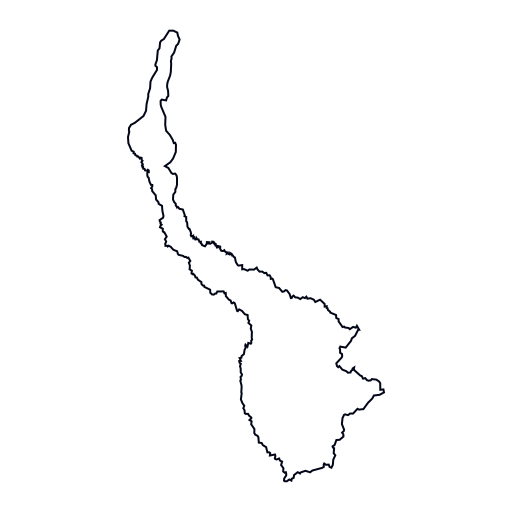 Isnos, Huila, Colombia
{"feature_id": "7082276B76225783159695", "entity_name": "Isnos", "entity_type": "district", "adm_level": 2, "iso_a3": "COL", "parent_name": "Colombia", "parent_adm1": "Huila", "projection": "equal_earth", "projection_center": [-76.283, 2.067], "detail": "fine", "context": "isolated", "style": "outline", "palette": "ink", "viewbox_px": 512, "rotation_deg": 0, "n_neighbors": 0, "source": "geoboundaries", "source_scale": "gbopen_adm2", "svg_char_len": 6091}
<svg xmlns="http://www.w3.org/2000/svg" viewBox="0 0 512 512"><path d="M359.2,329.8L356.9,325.8L355.8,327.7L353.1,326.9L349.8,329.2L348.6,328.0L345.0,327.5L344.1,326.6L342.6,327.1L338.6,321.4L338.6,319.1L336.3,318.0L336.0,315.0L330.3,312.6L330.1,311.7L327.9,309.9L327.5,308.2L326.7,308.0L326.7,306.2L324.7,306.6L324.6,303.9L320.1,299.7L315.3,302.0L313.8,299.7L310.5,298.2L307.4,298.7L306.4,296.7L304.9,298.1L302.8,297.2L300.2,299.1L297.8,297.6L295.3,297.4L293.6,295.6L292.6,296.3L291.7,298.0L290.9,298.1L289.6,294.0L287.0,290.5L285.6,290.1L284.0,291.4L282.3,291.8L279.1,288.0L275.7,287.2L272.9,279.2L272.2,278.6L270.8,278.9L270.7,277.2L269.7,275.3L267.5,275.4L266.2,272.8L264.3,273.1L262.3,271.6L259.5,271.6L257.5,269.4L256.7,267.6L254.0,269.6L249.3,269.5L247.7,270.7L244.0,269.1L242.2,269.3L242.2,265.1L238.5,265.6L237.6,265.0L235.8,261.9L234.9,257.5L233.6,256.8L232.9,255.5L232.1,255.5L231.8,254.0L230.2,253.0L230.2,254.4L229.8,254.5L229.2,253.7L228.4,254.0L227.8,252.6L226.7,253.5L226.8,252.4L225.1,251.6L224.3,250.2L223.2,251.0L221.3,250.8L220.1,248.8L220.2,246.6L218.7,246.2L218.0,247.4L216.9,247.5L216.7,246.7L217.3,245.9L215.6,245.6L215.8,244.1L215.1,243.6L214.5,244.0L214.1,242.9L212.8,243.0L213.8,242.4L213.6,241.8L212.2,241.6L212.1,242.5L210.4,243.7L208.0,243.5L208.9,242.2L206.9,242.1L206.8,243.7L205.0,246.3L202.0,245.1L201.6,243.7L200.8,243.3L200.9,241.7L199.4,241.8L198.5,239.4L197.1,239.3L196.5,238.1L196.0,239.3L195.3,239.5L194.4,238.2L193.3,238.4L193.2,237.6L194.0,237.0L193.2,236.6L193.2,235.6L191.3,236.3L190.7,235.1L191.1,233.7L190.7,231.9L189.5,228.9L188.9,229.0L187.5,226.8L187.1,222.3L186.2,221.3L186.2,217.0L184.5,216.2L184.8,215.1L182.8,209.5L179.4,208.8L178.1,207.1L177.0,207.5L176.6,206.2L175.8,205.6L175.7,203.7L174.1,202.0L173.0,199.4L173.3,194.6L175.3,192.0L175.4,189.0L176.2,187.9L177.0,184.7L177.0,177.5L176.5,175.4L175.2,173.6L172.8,173.9L171.4,173.0L168.4,168.0L164.9,166.1L170.3,162.3L173.1,158.5L175.8,152.0L176.0,144.9L175.2,142.8L173.8,143.1L172.7,139.8L169.8,134.9L166.1,130.7L165.2,124.8L165.5,116.9L161.2,106.7L160.7,104.7L160.6,101.0L161.7,99.6L166.1,100.4L167.0,97.4L168.3,96.0L168.1,91.0L167.1,87.0L167.2,84.3L167.7,81.8L170.1,75.6L170.8,72.0L171.2,63.7L170.9,61.0L171.6,58.4L171.4,56.5L174.1,52.6L176.2,45.8L178.1,43.9L179.6,39.6L177.9,35.6L177.3,32.6L173.4,30.7L169.2,30.7L163.9,39.0L161.1,40.8L160.1,42.4L159.5,48.3L157.8,50.5L156.9,60.2L155.4,64.4L155.4,65.7L157.0,67.2L157.0,69.9L152.3,77.5L150.5,81.6L150.1,88.2L148.2,94.2L148.3,96.5L146.6,104.0L146.0,110.8L143.5,116.0L135.0,122.7L131.0,124.8L129.0,128.0L128.9,130.8L129.3,131.6L128.0,137.1L128.4,143.2L131.6,150.7L133.7,151.7L133.6,153.3L135.0,153.7L135.4,155.2L136.9,155.7L137.3,156.6L138.3,156.5L139.7,158.4L140.4,157.6L141.6,157.9L141.6,159.7L142.5,160.8L141.4,162.2L142.8,164.2L141.9,165.3L142.5,167.1L143.1,166.8L143.3,168.7L144.6,169.0L145.1,170.4L147.3,170.7L147.9,169.8L148.7,170.4L148.8,172.1L147.6,172.0L147.3,172.6L147.3,175.2L147.7,176.9L148.6,177.6L149.5,181.8L151.0,184.9L152.3,185.0L152.3,186.6L151.1,188.1L152.1,189.2L152.2,191.1L155.7,195.3L156.1,199.6L158.4,202.1L158.7,203.9L162.0,205.8L162.4,211.0L163.5,215.9L163.1,217.7L159.6,220.1L159.9,221.6L160.8,222.5L160.5,223.6L161.6,224.7L160.6,225.5L160.0,227.3L162.8,228.7L162.8,231.2L163.6,232.2L164.3,232.2L166.7,236.6L164.9,239.2L166.2,241.6L165.2,243.9L165.5,245.9L167.5,245.8L167.8,246.4L168.6,245.7L170.6,246.7L173.4,249.8L177.2,251.3L177.9,254.0L178.6,254.8L183.1,255.9L184.5,257.0L186.0,256.9L187.3,258.0L188.4,257.6L190.3,261.0L188.9,262.6L189.9,265.7L189.6,269.3L191.9,270.7L191.5,273.4L192.5,274.2L193.2,273.8L194.9,275.5L195.5,277.4L196.9,277.6L197.9,279.7L201.4,282.1L201.4,283.8L202.6,285.4L204.1,285.6L204.4,286.9L210.1,289.7L210.3,292.8L212.1,294.5L213.8,294.6L215.2,293.5L216.3,293.5L217.3,291.5L223.6,291.4L224.5,293.4L225.7,293.0L225.9,296.2L229.1,299.8L230.6,300.5L231.5,303.1L232.1,303.4L233.7,302.4L234.8,303.3L237.1,310.9L237.8,311.2L239.1,309.4L242.0,310.9L244.9,314.3L247.6,315.0L247.9,319.2L249.2,320.8L248.4,322.9L251.3,325.5L250.8,328.6L251.9,331.9L251.7,337.9L252.1,339.6L251.2,340.7L251.3,343.0L250.8,343.7L248.3,342.9L247.4,346.7L245.5,344.7L245.2,345.7L245.7,347.7L244.6,349.7L243.9,354.1L241.6,356.1L241.4,357.7L239.6,358.1L240.9,360.9L239.2,361.1L239.6,362.8L240.8,363.8L240.0,366.1L240.7,368.7L240.7,372.3L242.0,374.5L241.6,375.9L240.6,376.8L240.9,379.9L240.3,380.8L241.5,385.2L241.6,387.6L241.3,392.3L241.7,393.2L240.9,399.4L242.4,403.1L244.3,405.8L243.3,408.2L244.5,410.2L244.8,413.3L245.7,413.9L248.1,413.9L249.1,415.7L251.3,417.5L251.3,418.3L249.5,420.0L251.6,421.3L251.2,424.3L254.4,429.0L254.3,433.1L255.2,434.6L257.5,435.8L258.4,437.3L258.8,442.6L261.7,443.0L262.8,445.1L266.1,447.1L267.4,452.3L269.3,452.3L270.2,453.1L269.9,455.5L275.0,454.5L275.4,456.0L274.8,458.1L275.0,458.8L276.5,459.5L279.1,458.5L280.0,460.6L282.1,461.6L281.1,465.0L283.4,468.2L283.2,471.5L284.7,472.7L285.8,472.2L286.2,473.4L286.2,475.4L284.2,478.5L284.0,480.6L284.5,481.2L286.8,481.3L289.3,479.5L291.4,480.6L291.8,478.7L293.7,477.8L294.0,475.1L297.7,472.2L300.0,473.5L300.5,472.5L305.4,470.8L310.1,472.3L312.4,470.5L322.1,467.9L323.8,466.9L323.7,464.3L324.2,463.5L326.0,464.8L328.7,464.6L329.6,466.9L331.4,467.7L332.8,464.9L333.3,459.6L335.3,455.3L333.7,453.2L334.1,448.2L332.9,447.5L332.6,446.3L334.6,445.0L336.4,440.0L339.6,439.8L343.4,436.6L343.4,434.5L342.1,432.6L343.7,431.2L344.1,429.7L341.9,424.1L342.5,418.1L344.1,414.8L345.0,414.4L348.1,415.1L350.1,413.5L353.0,413.6L357.5,408.8L359.0,409.6L363.4,409.1L367.9,402.9L372.2,398.6L373.9,395.5L379.6,394.8L384.0,392.4L383.4,389.4L380.3,389.8L380.2,383.2L379.2,381.6L376.3,379.6L371.9,379.1L370.6,380.4L368.5,380.7L366.9,380.1L365.2,378.1L363.1,378.7L361.7,376.0L360.5,375.7L354.6,370.5L353.8,369.2L354.1,367.5L352.6,368.5L352.5,370.0L351.3,370.6L350.5,372.5L347.9,372.7L346.3,371.2L342.3,369.6L339.4,366.1L338.2,367.2L337.0,366.1L336.3,363.3L341.8,357.4L342.2,356.0L342.0,354.0L340.1,352.8L340.1,349.3L339.5,348.3L340.3,346.6L345.7,347.6L351.0,340.9L351.9,338.3L355.1,335.8L358.1,329.9L359.2,329.8Z" fill="none" stroke="#020617" stroke-width="2"/></svg>